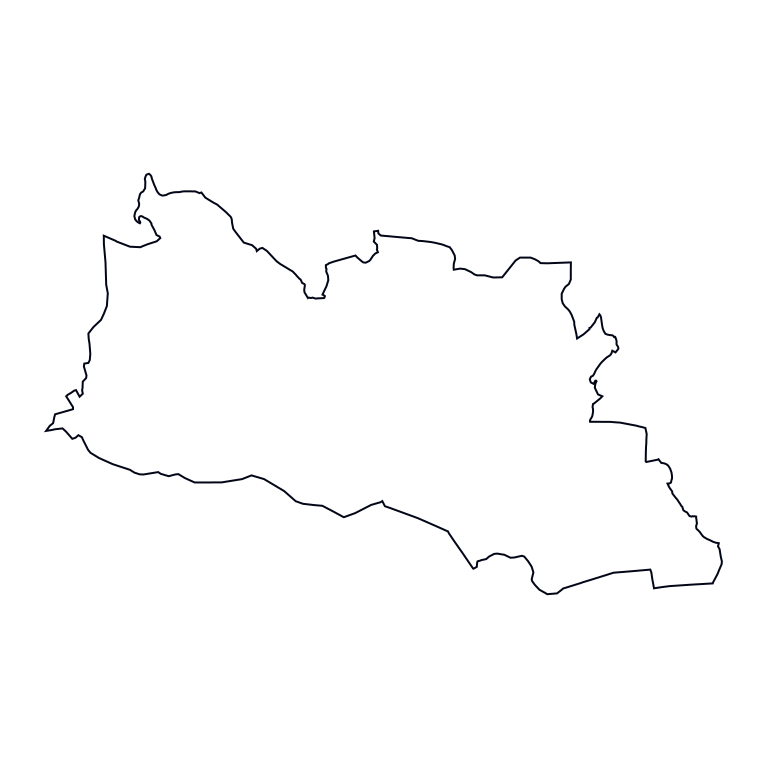 Al Mudhaffar, Ta`izz, Yemen
{"feature_id": "15242507B33638153747528", "entity_name": "Al Mudhaffar", "entity_type": "district", "adm_level": 2, "iso_a3": "YEM", "parent_name": "Yemen", "parent_adm1": "Ta`izz", "projection": "orthographic", "projection_center": [43.99, 13.582], "detail": "fine", "context": "isolated", "style": "outline", "palette": "ink", "viewbox_px": 768, "rotation_deg": 0, "n_neighbors": 0, "source": "geoboundaries", "source_scale": "gbopen_adm2", "svg_char_len": 6085}
<svg xmlns="http://www.w3.org/2000/svg" viewBox="0 0 768 768"><path d="M567.1,587.3L581.2,582.9L582.4,582.4L590.3,580.0L613.6,572.7L631.0,571.3L650.3,569.6L651.4,572.7L652.3,579.1L653.2,583.8L654.0,588.3L662.6,587.0L669.9,586.1L690.6,584.7L712.8,583.4L713.0,582.5L715.4,578.0L717.6,573.9L719.0,570.3L721.6,564.3L721.9,561.4L720.8,556.8L719.6,549.2L718.0,546.3L718.8,543.2L718.1,543.0L716.1,542.8L712.9,541.7L711.7,541.1L709.6,540.0L708.0,539.4L706.8,538.8L704.1,537.2L702.8,536.1L702.3,535.4L701.4,534.3L699.9,532.1L697.8,529.9L696.8,529.2L696.3,528.2L696.1,526.1L697.0,523.2L696.7,522.1L696.4,519.0L696.1,518.1L696.2,516.6L694.3,516.2L693.3,516.4L692.5,516.2L691.4,516.6L689.5,516.0L688.1,514.0L687.1,512.5L685.0,511.4L683.4,510.3L682.8,508.5L682.4,507.0L681.1,505.6L680.4,504.3L678.1,500.9L677.4,499.7L676.1,498.3L673.9,495.5L672.3,493.3L672.2,491.5L669.3,487.4L667.5,483.6L669.0,483.4L669.6,483.4L671.0,482.5L671.5,479.9L672.0,478.7L672.0,476.0L671.5,472.5L670.1,468.6L668.1,465.5L666.6,464.4L665.9,464.0L664.0,463.3L661.3,462.9L660.7,462.1L659.4,460.5L658.5,459.2L657.6,459.7L646.3,462.0L645.7,461.3L645.9,450.1L646.0,449.0L646.0,447.3L646.3,443.5L646.4,438.7L646.7,434.1L645.4,428.0L641.7,427.0L637.6,426.1L637.0,425.8L620.0,422.6L614.0,422.2L610.9,421.9L605.8,421.9L598.1,421.8L590.1,421.8L589.9,420.8L590.3,419.6L591.8,417.1L592.2,416.3L592.7,414.1L592.9,412.7L593.1,410.5L592.9,408.4L592.6,407.5L592.7,405.8L593.1,403.9L593.7,403.7L594.4,403.2L600.4,398.3L602.3,396.3L598.0,394.4L594.8,387.7L594.9,386.8L595.4,383.7L596.5,381.2L596.1,380.7L595.3,380.7L594.3,382.6L593.5,383.8L590.8,382.4L589.8,379.4L590.3,378.2L591.0,376.7L593.0,375.7L594.3,373.6L595.3,371.3L596.2,369.6L598.9,365.8L600.7,363.3L602.8,361.1L605.0,359.0L606.9,357.3L608.7,356.2L610.4,355.0L611.6,353.0L612.3,350.7L615.5,352.4L618.0,349.3L618.4,348.6L618.3,347.8L618.0,346.8L617.7,346.2L617.2,345.5L616.6,344.6L616.5,343.6L616.6,341.4L616.4,340.4L615.8,338.3L615.2,337.0L614.5,337.3L614.0,337.0L613.5,336.0L612.3,335.3L610.0,335.1L607.4,334.6L605.4,333.8L603.8,331.2L602.6,328.0L602.1,325.2L601.0,317.4L600.5,315.8L599.9,314.9L599.4,314.3L597.6,317.5L596.8,317.8L594.8,322.3L590.6,327.6L589.4,328.0L589.4,329.2L583.6,334.3L577.1,338.5L576.3,333.8L574.3,324.7L574.2,321.7L571.5,314.6L569.7,311.4L568.0,309.3L564.9,306.4L562.7,303.2L561.7,299.2L561.7,293.7L564.1,288.8L565.5,286.7L568.9,284.0L570.8,279.5L570.8,270.2L570.9,262.4L547.2,263.3L540.5,263.1L538.7,261.4L535.2,259.4L530.6,257.6L520.0,257.6L515.6,260.5L502.2,277.3L493.2,277.5L484.6,275.3L476.9,275.3L474.4,274.4L471.1,272.1L465.1,269.2L460.2,268.6L453.8,269.7L453.6,268.0L453.8,263.8L455.1,258.9L454.7,255.5L451.9,250.1L449.7,247.2L446.4,246.1L444.4,245.3L442.2,244.5L437.2,243.3L433.6,242.5L430.7,242.0L423.1,241.1L418.2,240.8L411.6,238.2L409.7,238.1L395.9,236.9L388.4,236.2L385.6,236.0L380.7,235.5L378.4,233.4L378.1,230.8L373.9,231.4L374.6,238.1L373.8,241.6L377.0,244.8L377.2,248.3L376.9,249.6L377.9,252.3L375.4,253.4L373.6,255.2L372.9,255.9L370.6,259.5L369.2,261.0L365.7,262.7L363.3,262.4L362.5,261.9L360.3,260.1L357.0,257.2L355.5,255.5L333.8,261.6L328.9,263.3L328.0,264.1L325.9,265.1L325.9,267.9L326.5,268.8L326.2,271.5L327.8,275.4L328.0,276.2L328.3,280.2L327.3,283.5L326.5,286.2L324.8,289.7L322.5,294.6L323.6,295.1L324.9,296.1L324.3,297.9L323.6,298.1L317.3,298.4L315.7,298.6L312.5,297.6L311.3,298.0L310.3,297.9L308.4,297.6L307.9,298.0L304.5,292.3L304.2,289.7L304.9,285.3L304.7,284.5L304.1,283.9L302.2,283.0L300.5,279.4L299.5,278.8L296.6,275.7L296.1,275.0L292.6,271.4L290.0,269.9L281.6,264.8L280.5,264.2L276.8,261.4L275.5,260.1L267.0,251.0L262.4,247.9L259.7,248.7L256.8,251.1L256.6,250.4L256.1,248.7L252.1,245.2L243.8,242.6L237.2,234.1L234.6,230.7L233.2,228.6L232.1,223.1L231.7,219.0L230.7,216.8L225.8,212.0L217.2,204.6L213.4,202.6L210.9,201.1L205.3,197.6L201.4,192.5L199.5,193.1L195.3,191.4L185.0,191.3L182.3,191.5L179.4,192.1L174.8,192.2L171.9,192.7L168.8,193.6L167.0,194.5L166.3,195.0L162.8,195.6L161.5,195.3L159.4,194.3L157.7,192.3L156.2,189.7L156.0,188.8L154.2,184.8L151.9,178.7L151.3,176.2L150.1,174.7L149.0,173.8L146.4,174.7L145.5,176.6L144.8,179.1L145.3,181.2L145.3,183.6L145.1,188.3L143.2,191.4L141.1,192.7L139.9,194.4L139.1,198.0L138.3,200.2L139.2,204.0L138.8,206.5L138.3,207.5L137.3,209.1L135.9,210.7L135.2,212.4L134.6,214.6L134.4,216.4L135.2,219.4L136.6,221.2L138.6,222.7L139.9,223.3L140.3,222.7L139.9,221.4L138.9,219.9L139.0,218.1L139.4,216.8L140.5,216.2L141.3,216.1L142.6,216.6L143.7,217.4L147.1,218.9L149.5,220.6L150.0,221.4L151.4,223.4L151.5,224.7L154.4,230.1L156.5,235.0L159.6,236.6L160.3,238.1L156.7,241.3L147.7,244.2L143.1,246.0L140.4,247.2L130.0,246.7L116.5,241.5L115.8,240.9L103.8,235.7L103.9,244.2L105.5,262.3L106.2,284.7L107.8,293.4L107.1,302.7L106.9,306.0L103.9,313.7L101.0,319.9L93.5,327.0L88.4,333.5L88.7,338.7L89.5,343.7L90.3,353.8L89.8,360.0L88.4,362.9L84.3,363.6L83.9,366.5L86.5,375.5L86.1,378.1L82.8,381.6L82.6,385.7L82.6,387.5L82.1,390.2L82.8,393.7L79.6,396.7L76.0,390.1L74.1,390.7L71.3,392.7L67.6,394.9L66.2,396.3L73.0,407.1L73.0,409.2L55.1,414.3L54.3,417.2L53.1,423.2L49.8,425.8L46.1,430.9L51.8,430.0L55.3,429.2L58.4,428.9L62.5,428.4L65.9,431.5L72.3,438.8L75.4,437.8L78.4,435.2L81.9,437.2L83.3,440.4L88.1,449.9L90.6,452.9L99.0,458.0L112.8,464.2L129.9,469.8L134.4,472.6L139.5,474.3L143.4,474.5L158.2,472.1L160.7,473.8L168.7,476.2L175.1,474.5L178.3,474.1L185.0,478.1L194.7,482.5L221.6,482.4L242.1,479.1L251.5,475.4L264.1,479.1L284.2,491.1L295.7,501.2L303.0,503.8L314.4,505.1L322.4,505.8L333.8,511.8L343.0,516.8L343.9,517.2L355.2,513.1L371.2,504.9L380.6,502.2L382.3,501.1L384.9,506.2L390.1,508.0L417.7,518.1L435.1,525.7L448.1,531.5L448.7,533.0L454.1,541.0L462.5,553.0L472.8,568.1L473.3,568.7L474.5,568.2L476.8,566.8L477.1,563.0L477.6,561.3L480.0,560.7L481.4,560.1L485.2,559.3L486.3,559.0L489.0,556.6L494.2,553.9L497.3,553.6L504.4,554.8L510.4,557.7L511.3,557.7L514.3,557.5L521.9,555.8L524.3,556.6L527.5,560.5L527.9,560.9L531.6,566.6L533.4,572.4L531.7,579.3L532.2,581.2L534.8,584.8L539.5,589.8L545.8,593.3L547.2,594.2L557.0,593.4L561.3,590.1L563.1,588.5L567.1,587.3Z" fill="none" stroke="#020617" stroke-width="2"/></svg>